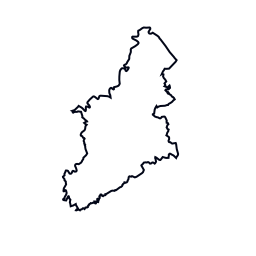 the district of Kota Banjar, Jawa Barat, Indonesia, rotated 301°
{"feature_id": "22746128B64728543729693", "entity_name": "Kota Banjar", "entity_type": "district", "adm_level": 2, "iso_a3": "IDN", "parent_name": "Indonesia", "parent_adm1": "Jawa Barat", "projection": "orthographic", "projection_center": [108.553, -7.381], "detail": "fine", "context": "isolated", "style": "outline", "palette": "ink", "viewbox_px": 256, "rotation_deg": 301, "n_neighbors": 0, "source": "geoboundaries", "source_scale": "gbopen_adm2", "svg_char_len": 5760}
<svg xmlns="http://www.w3.org/2000/svg" viewBox="0 0 256 256"><g transform="rotate(301 128 128)"><path d="M222.4,100.1L221.0,99.4L220.2,98.4L220.0,97.4L220.4,96.6L221.1,96.1L224.4,96.1L225.1,95.6L225.3,95.2L225.3,94.8L223.3,91.9L222.3,89.8L221.1,88.9L218.0,87.6L216.7,86.7L215.5,87.2L213.6,88.8L212.2,89.2L211.8,89.2L210.9,88.6L208.7,84.9L208.2,84.7L207.6,85.0L207.2,85.4L207.0,86.0L207.3,90.2L207.0,92.3L206.6,93.0L206.2,93.3L205.4,93.3L204.7,93.2L201.8,92.0L197.8,89.8L196.8,89.9L195.1,91.0L194.2,91.4L190.5,92.0L188.2,93.3L187.6,93.5L184.2,93.4L182.8,93.6L181.3,93.3L180.4,92.5L179.6,92.3L179.4,92.5L179.0,93.2L178.8,94.9L178.9,95.5L180.1,96.9L180.2,97.2L180.0,97.6L179.6,97.7L178.6,97.8L177.3,97.7L176.1,97.4L175.9,97.2L175.9,96.5L176.8,95.4L177.0,94.8L176.9,93.5L176.1,92.1L175.5,91.8L173.5,91.6L171.9,92.0L167.8,94.0L164.7,95.8L161.7,98.1L160.6,98.2L159.2,98.0L157.8,97.0L156.1,95.3L155.6,94.9L155.0,95.0L154.3,95.9L153.9,95.9L153.6,95.7L153.5,94.8L153.8,93.1L153.6,92.7L153.0,92.4L152.3,92.2L150.8,92.4L148.8,93.7L148.2,94.2L147.0,95.9L145.1,97.4L145.1,95.6L144.7,94.0L141.6,87.9L141.0,87.3L140.5,87.1L137.9,87.6L137.3,87.3L137.2,87.1L137.6,83.6L137.6,82.8L137.2,82.0L136.5,81.7L132.9,80.6L129.5,80.0L128.8,80.1L128.2,80.6L127.4,83.2L126.7,84.3L126.3,84.6L125.9,84.6L125.6,84.4L125.4,82.0L124.8,81.0L123.8,81.3L122.0,82.5L120.9,82.9L120.6,82.8L120.5,82.1L121.3,79.4L121.6,77.7L121.5,74.3L120.6,74.3L115.9,73.0L113.9,71.3L113.9,71.5L114.0,72.2L113.9,72.4L113.1,72.5L112.9,73.1L114.2,73.8L115.6,76.0L116.5,76.6L117.7,79.4L114.7,82.8L113.6,83.3L113.4,85.5L112.9,87.0L112.8,88.9L112.5,89.5L111.8,88.8L109.8,87.8L109.3,90.2L109.5,90.3L109.5,90.9L108.1,90.6L107.2,90.8L105.2,91.7L103.6,91.9L100.9,90.8L100.1,90.6L98.2,90.8L97.4,91.3L97.2,91.5L97.4,93.1L96.5,94.5L96.8,95.6L96.5,96.3L94.8,96.4L94.0,96.7L93.2,97.9L92.4,98.3L92.3,98.7L91.9,98.8L91.5,99.9L91.0,99.8L90.1,100.9L89.5,101.2L88.0,102.5L85.2,106.1L83.1,106.1L79.6,105.1L78.1,105.7L76.5,105.5L75.7,105.7L74.1,105.6L71.6,104.4L71.1,103.0L70.5,102.2L69.8,101.8L69.0,101.8L68.2,102.2L66.9,104.1L65.3,105.8L64.6,106.0L64.2,106.0L63.7,105.6L63.1,104.7L63.0,104.4L63.2,103.6L62.9,102.9L62.1,102.6L60.9,102.9L59.9,102.8L59.4,102.6L59.0,102.0L58.9,101.3L60.3,98.6L60.1,97.6L59.6,96.7L58.8,96.7L57.8,97.0L56.2,97.1L55.8,97.2L54.7,98.0L52.8,97.3L52.3,97.7L51.4,100.0L50.4,100.6L50.1,102.2L48.6,103.2L48.0,103.9L47.6,104.0L43.2,104.1L40.8,105.1L40.6,105.4L40.7,105.7L41.3,106.1L42.4,106.2L42.6,106.6L42.3,107.3L40.9,108.7L40.3,109.0L38.9,109.3L36.9,109.3L35.6,109.4L35.2,109.8L33.5,109.1L33.1,109.4L33.1,110.1L34.0,112.3L38.5,111.9L38.8,112.0L38.9,112.5L37.4,113.9L36.9,115.5L34.4,116.4L33.3,117.6L31.4,119.2L33.3,120.9L35.9,122.4L35.2,123.0L33.3,126.5L31.4,125.8L30.7,125.8L30.9,126.3L32.3,127.2L32.7,128.5L32.7,129.2L33.4,129.2L34.4,130.2L36.0,130.7L36.3,131.3L36.1,132.2L36.1,132.5L37.9,132.5L38.4,133.1L38.6,133.7L39.6,134.3L40.2,133.8L40.8,133.9L41.3,134.2L42.0,133.9L42.4,134.2L43.0,134.1L43.6,134.6L44.4,134.7L44.7,135.6L45.6,136.2L45.8,136.6L46.2,136.7L46.6,137.6L46.5,138.9L46.9,139.3L47.4,139.1L47.9,138.4L47.4,137.2L47.7,137.0L48.4,138.4L49.0,138.9L48.9,140.1L49.1,140.6L49.3,140.6L49.9,140.2L51.7,139.9L51.7,139.1L51.0,139.2L50.6,139.0L50.8,138.5L51.2,138.2L51.7,138.4L52.4,139.2L53.4,139.8L53.7,139.7L54.7,138.6L55.6,138.8L55.8,139.1L56.4,138.7L56.8,138.7L57.2,139.2L57.2,139.7L56.6,141.2L56.7,141.7L57.6,141.9L58.7,143.1L58.9,143.2L59.7,142.7L60.1,143.3L65.5,146.1L66.5,147.2L67.2,148.8L67.9,148.8L68.3,149.2L68.5,149.4L68.4,149.6L68.6,149.8L73.0,151.6L73.9,152.4L75.1,152.8L75.6,152.8L76.3,152.5L76.7,152.7L77.5,152.6L78.9,153.2L79.6,152.9L79.8,153.2L79.7,154.0L80.8,154.9L81.8,155.1L82.9,154.7L84.1,154.8L86.3,153.9L87.3,154.1L88.0,155.9L88.8,156.2L89.2,159.3L90.5,160.4L96.6,163.3L97.9,163.6L100.2,163.2L101.2,161.5L102.7,158.8L103.2,158.7L104.6,159.2L106.5,159.4L107.7,160.9L108.1,161.9L109.1,162.7L109.2,164.2L108.8,165.0L108.9,165.4L109.7,166.2L110.8,166.5L111.1,166.8L111.4,167.6L111.2,169.2L111.7,169.4L113.5,169.4L115.5,167.7L116.3,166.7L117.1,166.4L117.2,167.6L116.8,170.7L117.0,171.9L117.2,172.2L118.0,172.4L121.0,172.7L121.8,175.6L122.2,176.5L123.3,178.1L124.2,177.6L125.3,177.3L126.2,176.7L126.7,176.7L127.6,177.1L127.8,178.0L127.7,178.6L127.9,181.2L127.1,184.7L128.1,184.5L129.3,184.7L130.6,184.7L131.6,184.3L135.1,180.6L138.9,177.6L139.7,176.6L137.4,173.9L137.4,173.1L137.6,171.6L137.2,170.9L137.1,170.5L137.2,170.1L137.7,169.5L138.2,169.2L139.4,169.1L139.8,168.8L140.6,168.5L141.3,167.7L141.5,164.7L142.0,164.7L144.1,164.1L146.2,164.1L146.6,163.8L147.6,163.6L147.5,162.3L148.1,161.6L148.1,161.3L148.4,160.8L150.7,160.3L152.0,160.7L152.7,159.8L152.4,158.4L153.5,157.8L153.6,157.6L154.1,157.5L154.4,157.3L156.3,154.5L156.6,153.7L156.5,153.2L155.9,152.4L154.9,151.2L154.0,151.2L153.0,150.8L152.6,150.1L152.5,148.1L152.1,147.2L151.7,145.3L152.2,142.4L152.6,142.2L153.8,143.0L157.5,141.4L159.3,141.1L161.5,141.1L160.7,142.5L162.1,143.2L163.5,144.4L165.9,147.9L166.6,148.7L167.4,149.2L168.4,150.5L169.2,150.4L169.8,150.6L171.5,151.6L173.4,152.4L174.9,152.6L176.6,153.3L177.5,151.7L177.5,151.1L177.7,150.8L177.6,150.5L177.6,149.4L178.3,148.1L178.3,145.6L178.1,144.4L178.4,143.9L179.1,144.6L179.5,143.6L179.2,142.1L179.6,140.6L180.0,140.6L180.4,140.6L182.0,142.4L182.0,142.8L182.4,143.0L183.6,143.0L183.8,143.3L184.1,143.3L184.6,142.9L184.5,142.1L185.5,142.1L185.8,141.7L183.1,140.9L182.6,137.8L183.7,138.1L184.1,137.8L185.0,136.3L187.6,136.8L188.6,135.1L189.4,132.7L190.4,131.4L191.2,131.2L192.2,130.8L192.0,129.4L191.6,129.2L194.7,128.8L195.7,129.0L197.7,128.9L198.4,130.3L200.0,132.6L209.3,134.7L211.2,134.7L211.9,132.2L212.5,130.8L214.5,124.7L217.6,118.0L220.7,110.2L221.0,108.8L221.6,108.2L221.9,107.4L222.2,105.9L222.4,100.1Z" fill="none" stroke="#020617" stroke-width="2"/></g></svg>